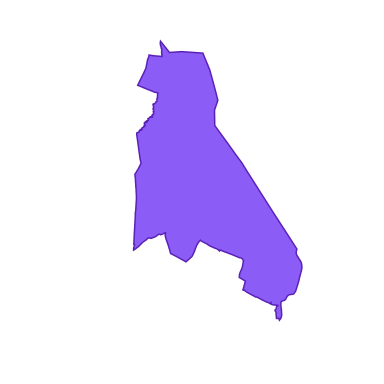 the district of Musenita, Suceava, Romania, rotated 68°
{"feature_id": "2599482B233708052654", "entity_name": "Musenita", "entity_type": "district", "adm_level": 2, "iso_a3": "ROU", "parent_name": "Romania", "parent_adm1": "Suceava", "projection": "equal_earth", "projection_center": [25.971, 47.952], "detail": "fine", "context": "isolated", "style": "filled", "palette": "violet", "viewbox_px": 384, "rotation_deg": 68, "n_neighbors": 0, "source": "geoboundaries", "source_scale": "gbopen_adm2", "svg_char_len": 5743}
<svg xmlns="http://www.w3.org/2000/svg" viewBox="0 0 384 384"><g transform="rotate(68 192 192)"><path d="M178.9,246.8L179.5,246.8L179.7,247.1L180.0,247.3L180.9,247.7L188.1,251.1L190.1,252.4L192.2,253.2L196.7,255.3L200.0,256.8L209.4,261.3L210.4,261.7L218.8,265.6L219.4,265.0L222.4,267.3L224.0,267.9L223.6,265.8L222.9,263.6L222.7,262.6L222.6,262.1L221.5,259.8L221.0,258.3L220.4,257.1L219.9,255.8L219.8,254.8L219.6,254.1L219.3,253.1L219.2,252.1L218.6,250.9L218.3,250.0L218.2,249.7L218.5,249.3L218.8,248.3L219.5,247.7L219.6,247.2L219.8,246.7L219.6,245.4L219.6,245.1L219.8,244.6L219.7,244.0L219.8,243.4L219.7,242.6L219.3,240.9L218.8,239.4L219.1,237.7L219.5,237.3L219.9,237.1L220.0,234.3L219.9,233.4L219.6,231.9L219.8,231.8L220.3,232.0L221.8,232.9L222.3,233.2L222.6,233.3L223.4,233.3L225.0,233.6L226.3,233.7L232.8,234.0L234.9,234.2L240.5,234.8L241.0,234.9L244.9,231.5L247.7,229.2L254.5,223.7L254.2,222.8L252.0,216.7L251.7,216.2L251.3,215.5L249.4,213.5L248.7,212.7L245.5,209.8L243.7,208.1L242.7,206.9L241.8,205.8L240.9,204.5L239.8,202.4L239.8,202.2L240.4,202.2L241.7,201.1L245.7,197.7L246.4,197.1L246.9,197.0L247.1,196.9L249.3,195.1L251.6,192.8L252.5,192.1L253.1,191.2L253.8,190.4L254.5,189.9L257.0,188.5L256.2,187.7L257.9,186.0L259.3,184.6L260.2,183.6L260.6,183.1L264.6,178.8L269.7,173.6L270.7,172.6L271.0,172.2L271.4,171.4L271.7,171.1L272.3,170.7L272.8,170.4L273.2,170.2L274.0,170.1L274.5,170.1L274.9,170.1L275.1,170.0L275.2,170.3L276.2,170.8L279.9,173.1L281.2,174.1L282.4,175.2L283.6,176.5L285.5,178.3L286.6,179.1L287.6,179.5L288.9,180.2L294.6,175.9L296.3,177.2L296.8,177.4L297.2,177.6L297.7,178.3L300.2,180.1L301.9,181.5L302.3,181.2L302.5,180.7L302.5,180.3L303.0,180.2L303.3,180.0L303.4,179.9L305.3,178.8L310.8,174.3L311.5,173.6L312.0,173.3L312.8,172.7L313.2,172.3L313.4,171.9L313.5,171.4L313.7,171.1L314.0,171.0L314.4,170.8L314.5,170.5L315.3,169.8L318.3,167.4L322.0,164.0L322.8,162.9L324.2,161.9L325.1,161.1L324.3,160.2L326.0,160.3L326.5,159.8L327.3,158.5L328.7,155.9L329.0,155.2L329.4,154.7L329.6,154.8L329.7,155.1L329.6,155.7L329.7,156.1L329.8,156.3L330.1,156.7L330.7,157.1L331.9,157.7L332.2,158.0L332.4,158.5L332.3,158.8L332.4,159.0L332.6,159.2L332.9,159.4L333.3,159.4L333.9,159.4L334.8,159.2L335.4,159.2L335.8,159.2L336.2,159.5L336.7,159.9L337.6,160.0L339.2,160.6L340.0,160.7L340.9,161.1L341.5,159.4L341.6,158.9L343.6,159.0L342.4,156.9L339.9,155.0L334.0,153.0L331.6,152.5L328.5,151.3L327.1,150.4L326.8,149.4L327.1,147.1L326.6,145.4L324.6,143.2L323.7,141.1L324.0,138.7L324.6,136.9L324.5,135.6L322.7,133.0L315.4,127.0L311.2,124.0L308.5,122.0L306.2,120.2L303.1,118.3L300.1,117.4L297.7,117.1L292.7,118.0L290.0,118.5L287.6,118.3L285.8,117.4L284.2,116.1L264.3,119.9L243.3,124.0L225.5,127.3L192.2,133.4L183.5,134.9L173.8,137.4L161.7,140.3L138.9,146.0L124.6,140.5L116.7,133.7L108.0,132.5L98.5,131.3L85.4,129.8L67.3,129.9L57.9,149.2L54.2,160.6L40.4,164.7L41.7,165.5L42.8,165.9L43.2,166.0L43.5,166.1L44.2,166.0L44.4,166.3L44.9,166.3L45.1,166.3L45.4,166.3L46.3,166.4L47.1,166.7L47.5,166.4L47.8,166.3L48.1,166.4L48.9,167.0L49.5,167.1L50.2,167.4L50.8,167.6L51.0,167.9L51.2,168.0L51.6,168.0L52.2,168.2L52.7,168.3L52.9,168.3L53.1,168.2L53.2,168.4L53.4,168.5L53.7,168.5L54.4,168.8L54.8,168.8L55.1,169.0L51.8,175.6L50.8,177.4L48.9,180.5L49.6,180.9L50.8,181.8L51.8,182.8L52.5,183.5L53.0,183.9L56.1,185.8L56.5,186.2L57.1,186.5L58.0,187.1L59.8,188.2L60.3,188.7L61.8,190.3L63.5,192.1L64.4,193.1L68.2,197.4L68.6,197.8L69.4,198.8L70.8,200.2L72.7,202.4L80.7,194.2L83.8,190.9L84.6,190.2L85.7,189.0L87.3,186.5L87.5,186.6L89.1,187.6L89.8,188.0L90.4,188.2L91.1,188.6L91.8,188.7L92.1,188.8L92.2,189.4L92.5,189.7L93.1,189.9L93.5,190.0L93.8,190.1L94.2,190.2L94.5,190.4L94.7,190.6L94.9,191.0L94.9,191.7L95.0,191.8L95.2,192.0L95.3,192.2L95.4,192.3L95.6,192.5L96.1,193.1L96.0,194.4L96.5,194.7L96.5,194.8L96.3,194.8L95.9,195.0L96.1,195.3L96.5,195.5L96.8,195.4L97.1,195.4L97.5,195.6L97.8,195.6L98.5,195.6L98.9,195.9L99.3,196.2L99.5,196.2L99.8,196.2L100.0,196.3L100.2,196.9L100.6,196.9L100.8,197.1L101.1,197.1L101.4,197.0L101.8,196.9L102.1,196.9L102.3,197.1L102.5,197.1L102.9,197.1L103.0,197.3L102.9,197.7L103.0,197.9L103.6,197.9L104.0,197.8L105.0,198.1L105.0,198.4L105.0,198.6L105.2,198.8L105.3,198.9L105.4,199.2L105.5,199.2L105.5,199.6L106.0,199.8L106.0,200.0L105.9,200.3L106.1,200.5L106.4,200.7L106.7,200.6L107.3,200.4L107.4,200.6L107.5,200.7L107.7,201.0L107.7,201.5L106.9,202.1L106.7,202.4L106.6,202.5L107.3,203.9L107.7,204.4L107.4,205.1L107.4,205.3L107.5,205.4L107.9,205.5L108.4,205.4L108.7,205.4L109.2,205.7L109.2,206.0L109.0,206.8L109.0,207.0L109.4,207.0L109.3,207.5L109.8,207.8L110.4,207.8L110.4,208.2L110.4,208.3L109.6,208.2L109.4,208.3L109.4,208.7L109.5,208.9L109.7,209.1L109.7,209.4L109.9,209.6L110.1,209.6L110.2,209.9L110.2,210.4L110.4,210.5L110.7,210.4L110.9,210.3L111.1,210.3L111.1,210.6L111.3,210.6L111.5,210.6L111.7,210.8L111.9,210.8L112.5,210.5L112.9,210.9L113.3,211.3L113.3,211.5L113.1,211.7L112.9,211.7L112.8,211.9L112.9,212.0L113.7,212.4L113.8,212.6L113.6,212.8L113.9,213.6L113.9,213.9L113.8,214.1L113.8,214.3L114.4,214.7L114.4,215.1L114.5,215.3L114.9,215.7L115.1,215.6L115.3,215.3L115.5,215.3L115.8,215.6L115.7,216.0L115.6,216.3L115.5,216.5L115.3,216.5L115.2,216.6L114.9,216.8L115.1,217.1L115.3,217.4L115.5,217.5L115.6,217.8L115.7,218.2L116.0,218.5L116.4,218.5L116.5,218.6L116.4,219.0L116.6,219.8L116.5,220.1L116.5,220.5L116.4,220.7L116.6,221.1L116.8,221.2L117.3,221.5L118.2,221.8L124.0,223.2L129.8,224.7L142.1,227.8L146.1,228.4L148.1,230.5L151.1,234.0L151.3,234.5L152.1,235.4L153.5,237.3L153.9,237.9L154.1,238.2L154.7,238.5L155.8,238.7L156.3,239.0L156.6,239.1L158.0,239.3L161.2,240.5L164.5,241.5L165.9,242.1L166.6,242.2L168.5,242.8L170.6,243.6L174.2,244.8L175.7,245.4L177.6,246.1L178.9,246.8Z" fill="#8b5cf6" stroke="#5b21b6" stroke-width="1.5"/></g></svg>